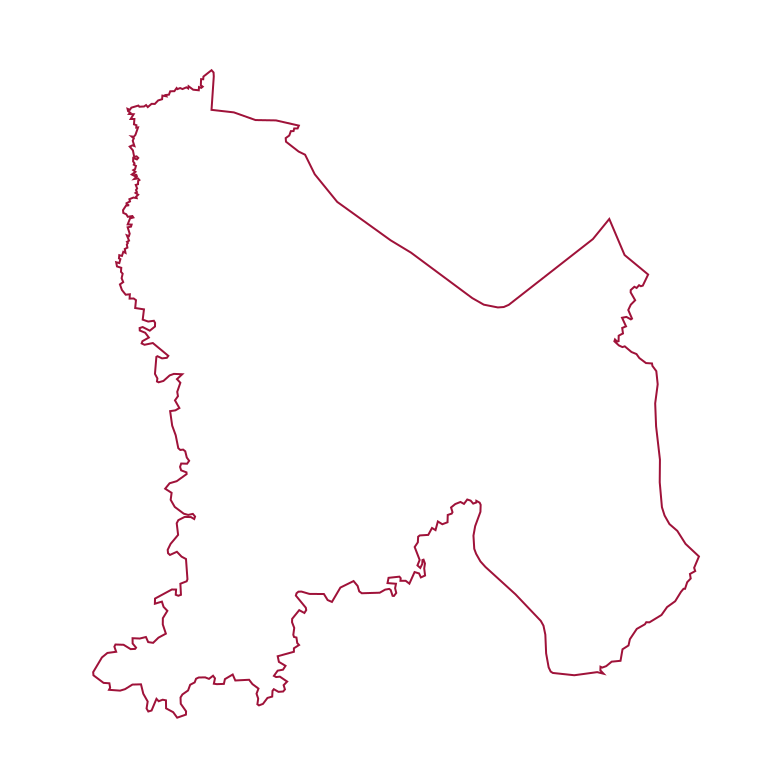 the district of Nam Kliang, Si Sa Ket, Thailand, rotated 177°
{"feature_id": "78962969B29534928610541", "entity_name": "Nam Kliang", "entity_type": "district", "adm_level": 2, "iso_a3": "THA", "parent_name": "Thailand", "parent_adm1": "Si Sa Ket", "projection": "mercator", "projection_center": [104.559, 14.911], "detail": "fine", "context": "isolated", "style": "outline", "palette": "rose", "viewbox_px": 768, "rotation_deg": 177, "n_neighbors": 0, "source": "geoboundaries", "source_scale": "gbopen_adm2", "svg_char_len": 6088}
<svg xmlns="http://www.w3.org/2000/svg" viewBox="0 0 768 768"><g transform="rotate(177 384 384)"><path d="M644.5,515.4L640.3,513.8L640.8,509.8L639.2,507.8L640.5,503.4L639.1,499.4L642.5,497.3L640.8,491.6L637.3,486.7L633.1,486.9L633.6,482.6L629.5,482.5L627.3,480.7L628.5,472.9L619.8,471.1L621.6,460.9L616.2,458.7L610.5,459.2L609.4,457.0L609.7,453.4L615.1,449.5L622.0,453.5L625.1,452.7L625.1,450.2L619.8,447.7L616.4,442.7L623.0,439.4L623.9,437.2L621.1,435.7L612.7,437.0L597.9,423.4L599.5,421.5L604.3,421.2L608.8,423.6L609.9,423.0L612.2,406.1L610.0,401.4L610.6,398.4L609.0,397.5L604.1,398.6L597.6,403.8L593.3,405.1L585.0,404.3L590.5,399.7L587.3,395.9L590.9,387.0L590.4,382.6L593.6,378.6L589.6,370.7L593.7,368.6L599.0,368.1L597.7,353.5L594.7,343.7L592.8,330.7L590.9,328.8L588.0,329.0L586.0,327.2L584.8,320.9L582.6,317.5L584.8,314.7L590.7,315.2L592.0,311.9L591.1,308.4L585.9,306.1L585.8,304.4L596.1,297.8L603.3,296.1L608.0,290.9L601.8,286.4L603.1,279.5L599.4,272.2L590.8,265.0L586.4,263.5L581.7,264.3L579.6,261.5L580.6,259.1L583.8,261.2L590.0,261.7L596.5,258.8L598.3,255.8L597.5,244.1L605.5,235.5L608.7,229.7L608.5,226.3L606.7,224.5L599.6,227.3L595.2,222.2L590.9,219.6L590.5,199.3L591.4,197.3L597.8,195.2L597.8,184.1L600.5,183.3L603.0,184.4L602.4,189.6L606.6,189.9L623.9,181.7L624.3,176.6L617.2,178.3L615.8,173.0L612.2,168.8L617.1,161.7L617.5,155.5L614.9,146.1L622.5,142.5L628.1,137.6L633.0,138.6L635.0,143.8L641.2,142.6L648.4,143.3L648.6,138.0L645.4,133.7L646.4,132.5L650.9,132.5L657.7,137.2L665.8,137.9L667.0,135.8L665.5,130.6L674.3,129.9L680.0,125.7L689.5,111.5L689.4,108.3L679.7,100.2L673.9,99.5L673.4,95.0L674.6,93.0L663.6,91.6L658.6,92.8L651.0,97.0L642.4,96.8L640.6,87.3L636.6,79.3L638.1,72.4L636.5,69.3L633.2,70.1L627.7,81.5L625.6,79.0L621.5,80.3L618.3,79.5L618.6,71.5L611.7,67.3L608.0,61.6L599.1,64.2L598.8,67.5L603.7,75.3L603.6,81.6L601.6,84.5L595.7,88.2L593.3,93.8L588.7,95.9L587.1,99.5L584.4,100.6L578.0,100.4L574.2,98.7L570.0,101.6L568.2,98.9L569.6,93.6L566.6,93.0L559.6,92.9L558.3,97.6L550.3,101.8L548.0,95.7L534.2,95.7L531.1,91.2L525.3,86.4L527.5,81.4L526.1,76.4L527.2,70.8L525.7,69.6L521.6,70.9L516.8,76.6L512.0,77.7L511.4,83.4L510.0,85.0L505.5,82.1L500.8,82.2L498.9,84.2L500.0,88.5L496.3,91.9L503.3,97.2L507.1,97.0L509.2,98.3L505.2,103.3L499.8,104.0L497.1,107.7L503.5,112.0L504.4,117.7L488.0,121.3L487.8,124.8L482.5,127.8L484.2,129.9L484.7,135.4L487.1,136.1L487.7,138.3L486.4,145.1L488.3,150.9L488.0,154.3L480.5,162.6L475.5,159.5L473.5,162.3L473.8,164.7L483.1,177.3L482.3,179.6L480.3,181.1L477.2,181.0L469.5,178.3L455.0,177.4L451.6,171.2L447.4,169.1L438.2,183.0L424.7,188.8L420.9,183.7L419.6,178.2L417.1,176.2L399.2,175.8L393.6,178.6L389.5,179.1L388.1,177.9L386.5,172.0L385.2,171.8L382.7,174.7L383.6,179.5L382.5,183.9L390.9,185.0L389.6,190.2L378.7,190.8L377.5,189.2L377.9,186.6L372.6,186.3L369.1,183.3L363.3,194.6L358.9,193.0L357.3,188.9L353.0,190.6L353.5,197.7L352.5,202.6L353.7,206.5L354.8,206.2L355.2,202.3L357.4,198.4L360.1,201.1L357.6,206.4L361.9,219.6L358.5,224.1L357.9,229.7L356.2,230.9L347.7,231.0L343.6,237.7L340.2,235.4L337.4,243.9L333.1,240.9L327.8,242.6L327.2,249.9L323.2,251.0L322.3,252.4L323.5,257.2L319.1,260.4L313.8,262.2L310.4,260.1L306.9,264.3L303.6,263.0L301.2,259.9L298.1,260.8L297.9,262.5L294.7,260.5L293.8,258.3L294.4,251.3L300.4,237.3L302.6,227.9L302.5,214.7L300.9,209.6L297.0,201.8L292.3,196.0L263.7,167.1L239.8,139.2L237.4,134.3L236.0,125.2L236.2,106.5L234.4,92.4L232.6,88.1L230.5,86.6L209.2,83.2L186.2,85.1L179.9,83.2L182.9,86.7L182.6,90.3L180.9,89.4L176.9,90.6L171.2,94.8L162.3,95.2L159.7,106.6L153.5,110.1L151.8,116.3L144.4,126.2L136.0,130.4L134.6,132.4L131.4,132.1L119.0,138.8L113.0,146.4L104.6,151.8L98.3,160.9L95.6,163.8L94.1,163.7L91.6,170.2L87.9,173.7L88.4,178.3L83.0,180.9L83.9,184.2L78.5,195.3L91.2,208.5L98.8,222.0L106.3,229.2L110.7,238.0L112.9,246.4L113.8,271.4L112.4,294.0L114.5,327.5L114.2,350.5L110.7,369.4L111.4,382.6L115.0,388.0L115.3,390.5L121.3,391.2L127.7,396.6L130.3,400.7L135.2,403.0L141.6,409.0L144.0,408.4L147.4,410.2L151.7,414.6L151.0,416.4L149.0,414.2L147.5,414.5L147.1,420.0L142.7,422.0L143.2,427.5L139.3,428.9L142.8,437.7L138.4,438.3L134.1,435.6L132.9,436.3L136.2,445.1L133.4,450.3L128.8,454.5L132.9,462.6L132.7,464.9L128.9,468.0L126.7,466.7L124.1,469.3L122.4,468.2L120.4,468.7L114.5,479.5L137.0,500.2L150.4,537.0L167.8,517.8L255.3,456.5L260.4,454.6L266.3,454.5L280.2,458.0L291.4,465.2L350.2,513.8L369.8,527.1L421.2,568.3L442.2,597.1L450.8,617.1L457.1,620.6L469.2,631.1L469.3,634.7L465.6,637.1L463.8,641.4L461.1,641.3L460.3,643.9L456.9,643.7L455.5,646.5L478.1,652.9L498.5,654.3L519.7,663.1L541.9,666.8L537.9,700.0L537.9,704.0L539.8,706.4L548.2,700.5L548.6,697.8L550.7,698.0L551.3,691.9L549.5,690.4L551.0,689.3L553.2,690.2L553.6,687.0L559.2,687.9L563.6,691.6L564.1,689.4L565.8,690.6L569.8,689.1L572.1,690.2L574.8,689.3L575.6,690.4L578.0,687.4L582.2,687.5L583.6,684.2L586.9,684.0L586.3,682.7L590.2,683.6L590.7,680.0L594.7,679.0L598.2,675.7L601.5,675.9L605.4,672.9L607.0,675.0L609.1,673.7L613.8,673.7L614.7,674.9L621.8,673.2L623.5,671.1L625.7,672.2L625.3,669.9L623.2,668.2L624.4,667.0L619.9,666.5L623.1,661.9L619.4,661.7L620.1,656.4L617.7,655.4L618.0,653.0L616.2,653.1L619.2,645.8L620.9,644.0L623.1,644.4L621.0,642.4L622.2,640.1L620.8,634.7L622.7,635.5L625.5,634.4L622.5,630.4L621.6,623.9L619.2,624.3L617.6,622.6L619.0,621.2L622.6,622.8L622.9,619.4L621.6,617.5L622.4,616.1L620.3,614.8L621.3,611.7L623.2,610.7L621.1,608.9L624.9,606.4L621.8,604.6L621.5,606.1L620.4,605.8L619.9,604.3L622.7,601.8L619.0,602.2L617.6,600.5L618.9,599.7L619.2,596.4L621.5,595.8L620.3,592.2L621.5,590.7L620.7,588.6L622.1,587.8L619.6,585.9L621.7,584.1L621.3,582.6L624.5,583.3L628.6,581.9L628.1,579.6L631.7,578.0L631.6,576.6L629.2,575.9L632.4,575.5L635.5,571.3L635.4,568.5L632.5,567.0L631.1,564.4L626.5,564.9L625.6,563.4L628.9,562.7L631.6,556.8L627.7,556.4L628.4,554.4L631.8,553.9L630.1,547.4L631.0,545.0L633.0,545.9L631.1,540.5L633.2,539.4L632.4,538.2L633.5,536.8L633.1,533.6L635.8,532.4L635.3,528.5L637.4,529.7L639.0,525.6L641.6,526.5L642.1,523.3L640.7,522.5L642.0,518.6L645.1,519.6L644.5,515.4Z" fill="none" stroke="#9f1239" stroke-width="2"/></g></svg>